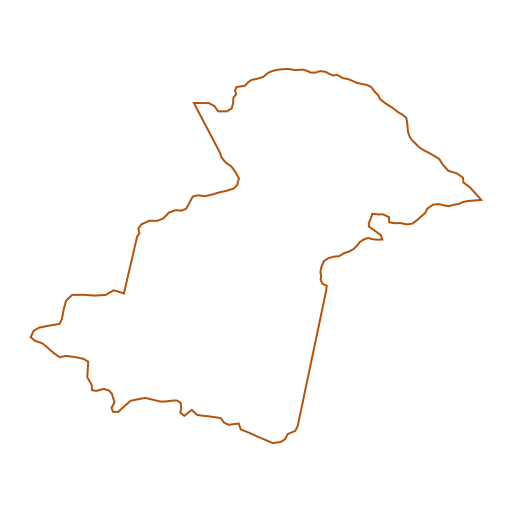 Novo Brasil, Goiás, Brazil, rotated 270°
{"feature_id": "56859067B90226026363141", "entity_name": "Novo Brasil", "entity_type": "district", "adm_level": 2, "iso_a3": "BRA", "parent_name": "Brazil", "parent_adm1": "Goiás", "projection": "natural_earth1", "projection_center": [-50.63, -16.056], "detail": "fine", "context": "isolated", "style": "outline", "palette": "amber", "viewbox_px": 512, "rotation_deg": 270, "n_neighbors": 0, "source": "geoboundaries", "source_scale": "gbopen_adm2", "svg_char_len": 2569}
<svg xmlns="http://www.w3.org/2000/svg" viewBox="0 0 512 512"><g transform="rotate(270 256 256)"><path d="M437.3,337.0L436.4,333.2L438.1,329.4L440.2,325.5L440.9,320.2L439.4,315.4L439.4,310.7L441.1,307.2L442.4,302.8L441.9,295.1L443.1,287.6L442.4,278.4L441.2,272.9L439.3,268.3L435.2,263.4L433.2,257.1L432.1,251.7L430.2,248.6L426.2,244.9L425.0,236.5L421.1,235.0L417.8,236.2L414.4,233.4L408.8,233.1L403.8,231.8L400.7,227.1L400.7,218.1L405.8,214.5L408.9,208.8L409.0,193.9L359.0,220.1L354.7,221.5L351.5,223.9L348.8,226.5L345.6,231.3L340.0,235.4L333.6,238.9L327.1,237.2L323.4,233.6L321.1,226.1L319.7,219.5L317.7,213.1L315.8,204.9L316.7,198.1L315.5,192.8L303.4,186.3L301.4,181.7L301.8,175.2L299.4,168.9L293.5,163.2L291.2,157.5L291.2,149.0L287.7,141.5L283.4,138.3L278.6,139.4L275.4,137.1L218.5,123.9L220.2,119.0L221.7,113.7L217.1,105.8L216.4,95.1L217.2,83.7L217.1,72.1L211.1,66.0L203.2,63.8L198.6,63.0L192.8,61.8L188.1,59.5L186.5,50.0L184.4,39.3L181.2,33.6L174.8,30.7L171.2,35.0L168.7,42.3L164.0,48.0L158.9,53.8L154.8,59.5L156.1,65.8L155.0,74.7L153.2,83.4L150.3,88.2L134.9,87.3L127.1,91.7L121.8,92.0L121.1,96.3L123.1,103.9L121.3,109.3L118.1,111.9L109.8,114.5L104.1,111.5L100.1,113.1L100.1,118.2L103.5,121.8L111.2,130.6L112.9,138.7L114.1,145.3L110.5,160.2L110.5,165.6L111.5,173.4L111.5,177.0L109.2,180.7L103.6,181.2L99.2,180.3L96.2,184.3L102.1,191.8L97.1,197.1L96.2,203.0L95.6,209.2L94.8,214.9L93.9,220.8L89.4,224.0L87.2,228.5L88.5,238.7L82.7,240.7L78.1,251.7L75.6,257.0L72.7,264.0L68.9,272.7L69.9,280.2L72.6,284.9L77.9,287.7L81.2,295.3L86.0,297.7L221.0,326.1L226.3,326.7L228.1,322.5L232.0,320.7L236.4,321.1L239.9,320.4L245.0,321.4L251.1,324.1L253.9,328.7L255.3,333.6L255.8,339.1L258.7,343.6L260.5,349.2L263.0,353.6L266.8,357.5L270.0,359.8L272.6,363.9L274.0,368.2L272.8,372.3L272.3,377.5L272.5,382.3L276.9,380.9L285.5,368.9L288.9,368.8L293.4,370.8L298.2,372.3L297.6,378.4L297.7,382.8L294.9,389.0L289.7,389.2L288.8,394.5L288.9,401.0L287.6,406.3L288.3,412.1L291.2,416.2L293.8,419.3L296.9,422.7L299.2,425.3L303.3,427.3L307.4,433.2L307.8,439.5L306.5,444.4L305.9,449.0L307.4,454.5L308.0,458.6L310.0,463.0L311.0,468.1L312.1,481.3L324.7,469.9L329.5,463.4L334.3,463.0L338.5,457.1L341.3,448.2L347.6,442.6L353.0,439.3L358.6,430.0L361.5,424.2L364.0,420.2L366.2,417.6L369.2,414.8L372.1,411.7L375.1,409.7L380.2,408.0L384.5,407.6L388.1,407.3L393.9,406.4L397.2,402.6L399.8,398.1L404.1,392.6L408.8,385.3L412.5,380.4L416.9,378.0L420.6,374.4L425.1,371.1L426.9,367.3L427.9,362.6L429.2,356.6L430.8,353.2L432.9,348.2L434.0,342.5L437.3,337.0Z" fill="none" stroke="#b45309" stroke-width="2"/></g></svg>